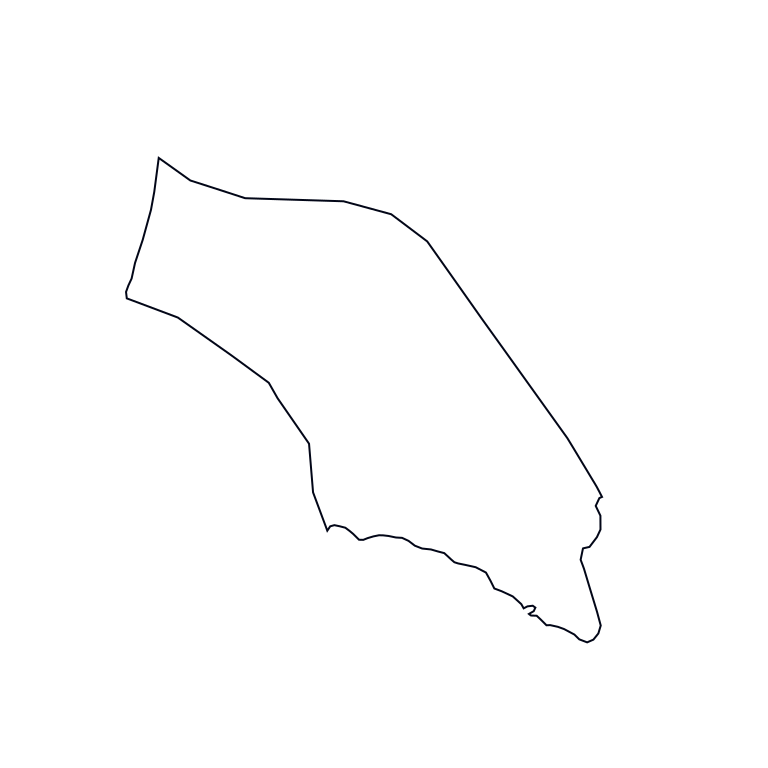 Foro Baranga, Western Darfur, Sudan (Robinson projection), rotated 295°
{"feature_id": "16777658B32386260809283", "entity_name": "Foro Baranga", "entity_type": "district", "adm_level": 2, "iso_a3": "SDN", "parent_name": "Sudan", "parent_adm1": "Western Darfur", "projection": "robinson", "projection_center": [22.544, 12.241], "detail": "fine", "context": "isolated", "style": "outline", "palette": "ink", "viewbox_px": 768, "rotation_deg": 295, "n_neighbors": 0, "source": "geoboundaries", "source_scale": "gbopen_adm2", "svg_char_len": 1590}
<svg xmlns="http://www.w3.org/2000/svg" viewBox="0 0 768 768"><g transform="rotate(295 384 384)"><path d="M493.7,84.3L461.0,94.6L443.4,99.2L412.7,104.4L388.5,107.2L372.9,110.7L365.3,110.7L358.4,111.3L352.9,114.7L357.1,169.1L345.5,233.4L336.4,279.1L326.1,293.6L298.2,341.3L255.8,365.5L229.7,392.0L227.6,394.1L227.1,394.6L228.3,394.8L232.3,395.4L235.1,398.7L236.3,403.8L237.4,409.7L236.3,414.9L235.1,419.4L232.3,427.2L234.0,431.1L237.4,434.3L241.4,438.8L244.8,443.4L246.5,447.3L248.2,452.4L249.9,459.6L252.2,465.4L252.2,472.5L250.5,480.3L251.0,488.1L253.9,496.5L255.0,503.6L256.2,510.1L253.3,519.2L252.2,523.1L252.7,527.0L254.4,534.1L256.7,544.5L256.2,556.1L250.5,563.9L245.3,570.4L245.9,578.2L245.9,590.5L242.5,601.5L239.7,605.4L243.1,608.0L245.9,612.5L245.3,615.7L241.4,615.7L236.8,612.5L236.7,612.8L236.2,612.5L236.7,612.9L236.3,615.1L238.5,620.3L236.8,625.5L234.0,633.2L235.7,636.5L237.4,644.2L238.0,650.7L237.4,662.4L235.1,668.9L235.7,677.3L240.8,681.8L248.5,683.7L256.7,682.5L267.5,673.4L286.2,656.6L301.0,643.4L303.5,640.9L307.8,636.5L313.7,635.1L314.1,635.0L318.7,633.9L319.2,633.9L323.2,639.1L335.2,641.7L337.3,641.7L343.6,641.7L345.5,640.8L356.1,635.8L363.0,627.4L370.9,627.4L371.6,627.4L373.6,629.1L373.8,629.3L376.5,625.8L376.9,625.3L377.9,624.0L378.3,623.4L379.2,622.3L379.4,621.9L380.1,621.1L381.3,619.4L384.1,615.3L384.2,615.1L393.7,601.0L395.5,598.3L406.4,582.1L412.4,573.1L452.1,502.6L463.1,483.1L484.4,445.2L513.0,395.3L531.5,362.9L540.9,318.8L532.5,270.1L493.7,179.6L491.6,162.3L489.2,143.0L486.6,122.5L493.7,84.3Z" fill="none" stroke="#020617" stroke-width="2"/></g></svg>